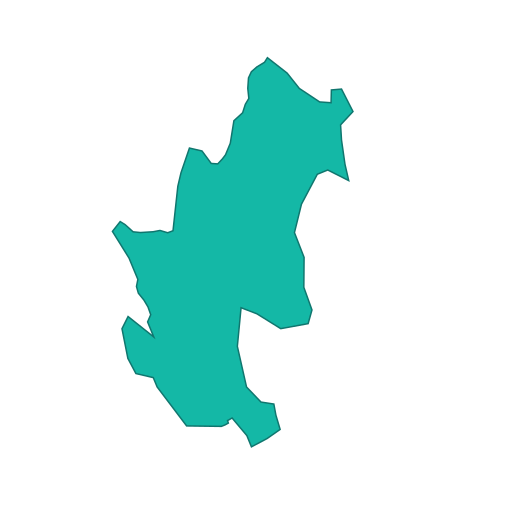 map outline of Riebinu (Equal Earth projection), rotated 235°
{"feature_id": "LVA-5752", "entity_name": "Riebinu", "entity_type": "Municipality", "adm_level": 1, "iso_a3": "LVA", "parent_name": "Latvia", "parent_adm1": "", "projection": "equal_earth", "projection_center": [26.825, 56.342], "detail": "fine", "context": "isolated", "style": "filled", "palette": "teal", "viewbox_px": 512, "rotation_deg": 235, "n_neighbors": 0, "source": "natural_earth", "source_scale": "10m", "svg_char_len": 1152}
<svg xmlns="http://www.w3.org/2000/svg" viewBox="0 0 512 512"><g transform="rotate(235 256 256)"><path d="M341.5,174.8L334.9,185.6L332.0,192.0L325.7,197.0L324.3,202.5L358.0,232.0L367.2,242.3L382.6,263.4L373.0,272.0L357.5,272.4L353.4,277.5L354.8,284.1L356.4,289.1L363.1,299.6L379.5,315.5L381.0,327.2L386.4,334.3L389.2,340.5L398.0,345.4L406.2,352.0L409.6,357.9L410.4,365.3L409.8,374.1L411.9,379.1L388.0,386.4L368.4,387.6L345.7,396.5L338.5,405.4L348.8,413.0L343.7,421.8L318.7,418.3L314.9,400.5L302.0,392.6L280.1,381.5L264.6,375.2L285.3,364.1L287.8,353.1L272.4,323.0L253.1,300.9L227.3,294.6L202.9,277.2L179.7,270.9L170.7,259.9L182.3,234.6L208.1,223.6L222.2,214.1L192.7,188.9L154.1,173.1L133.5,176.3L124.5,185.7L114.2,181.0L100.1,176.3L100.1,160.5L102.3,142.8L114.1,145.5L137.0,143.5L137.4,139.1L137.6,138.3L135.0,137.5L135.4,133.7L136.3,129.9L156.6,101.7L205.4,99.9L215.3,102.1L228.6,90.2L245.6,92.3L273.3,104.5L279.8,116.5L248.3,125.8L264.2,129.4L268.3,136.1L276.2,138.3L284.2,138.9L293.0,138.3L299.6,140.6L304.6,145.8L327.2,150.8L358.5,152.5L362.1,164.5L356.7,166.8L346.3,169.2L341.5,174.8Z" fill="#14b8a6" stroke="#0f766e" stroke-width="1.5"/></g></svg>